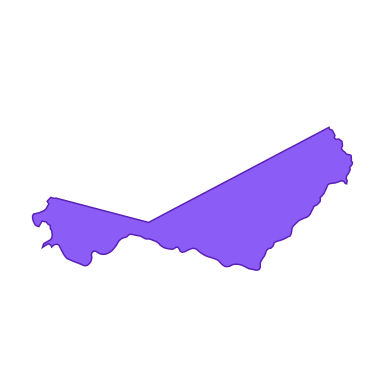 the district of Aragarças, Goiás, Brazil, rotated 197°
{"feature_id": "56859067B18880628968559", "entity_name": "Aragarças", "entity_type": "district", "adm_level": 2, "iso_a3": "BRA", "parent_name": "Brazil", "parent_adm1": "Goiás", "projection": "albers", "projection_center": [-52.131, -15.989], "detail": "fine", "context": "isolated", "style": "filled", "palette": "violet", "viewbox_px": 384, "rotation_deg": 197, "n_neighbors": 0, "source": "geoboundaries", "source_scale": "gbopen_adm2", "svg_char_len": 2858}
<svg xmlns="http://www.w3.org/2000/svg" viewBox="0 0 384 384"><g transform="rotate(197 192 192)"><path d="M259.3,106.2L256.5,107.3L254.7,108.7L253.0,110.4L251.5,112.3L250.7,114.0L249.8,116.1L249.0,118.2L248.5,120.0L248.1,121.9L247.5,124.0L246.2,126.2L244.8,127.7L242.9,128.9L241.3,130.0L240.6,131.5L239.6,133.0L238.0,133.7L236.4,134.0L234.6,134.1L232.6,134.2L230.9,134.5L229.3,134.7L226.9,134.6L224.9,134.0L222.7,133.6L220.2,134.3L218.1,134.7L215.9,134.5L214.3,134.3L212.7,134.3L210.5,133.8L208.5,133.0L207.2,132.1L204.9,131.2L202.4,130.6L200.5,130.6L197.7,130.8L195.7,131.2L193.8,131.6L192.3,132.9L191.3,134.4L189.6,135.1L188.0,134.1L186.0,132.0L183.9,131.5L181.9,132.5L180.4,133.8L179.2,135.0L177.9,136.2L176.7,137.2L174.9,138.3L172.6,138.8L170.4,138.4L168.6,137.5L165.2,136.2L162.5,135.5L160.6,135.1L158.8,134.9L156.5,134.9L153.5,134.9L150.8,134.8L148.3,134.6L146.5,134.0L144.4,132.8L141.8,131.4L139.8,130.7L138.1,130.5L135.6,131.3L134.0,132.3L132.7,133.7L131.2,134.9L129.1,135.7L126.6,136.4L124.1,136.6L121.6,136.5L119.4,136.1L117.4,135.7L115.3,135.3L111.0,135.8L108.7,135.8L106.7,136.4L105.0,137.6L104.7,140.2L105.6,142.6L106.0,145.0L105.2,148.7L104.1,151.8L103.8,154.1L103.8,156.8L103.5,158.4L102.2,160.3L99.9,161.6L98.6,164.4L98.6,167.5L96.7,169.5L94.0,171.2L91.4,173.0L88.8,175.4L87.1,177.2L85.3,178.7L85.0,181.2L85.2,183.8L85.7,186.1L85.6,187.8L85.0,189.5L83.8,191.7L82.6,194.0L81.6,195.5L80.3,197.0L77.3,199.7L75.3,201.1L74.1,202.3L73.3,203.8L72.5,205.4L72.3,207.1L72.0,209.2L71.5,211.5L71.3,213.5L70.2,215.0L68.7,216.3L67.7,218.2L66.7,220.3L67.0,222.3L67.9,224.1L66.5,226.4L65.3,229.6L65.0,232.3L64.5,234.9L64.5,236.8L64.2,238.6L63.1,240.0L61.0,241.2L58.1,242.3L56.6,243.3L55.1,244.3L53.5,245.7L51.5,246.7L49.7,246.4L48.1,245.1L46.5,245.0L47.0,248.4L48.5,249.8L48.8,253.2L47.9,255.1L47.5,257.2L47.3,259.9L48.5,261.8L47.4,263.8L46.9,265.6L47.2,267.2L48.7,268.1L49.1,269.8L49.8,271.6L50.5,273.4L52.5,273.7L55.3,273.3L57.5,274.8L59.8,275.6L61.9,277.3L61.6,280.3L63.4,284.3L65.1,284.9L67.0,285.6L69.8,284.4L71.8,285.4L71.9,288.0L75.8,292.0L79.0,292.4L79.9,293.9L110.0,264.0L115.6,258.5L151.2,223.1L206.4,168.4L224.6,150.2L320.2,146.4L321.8,145.7L325.5,145.5L327.8,140.8L325.4,138.7L326.0,136.0L326.7,133.1L328.0,131.0L332.3,127.3L337.0,124.7L337.5,122.7L337.0,120.8L335.5,118.1L332.7,115.0L330.5,114.1L328.3,114.2L326.9,120.3L322.5,120.8L320.7,119.3L317.7,118.5L316.8,115.5L314.9,114.1L313.1,110.1L312.6,106.9L313.7,104.6L318.7,99.3L318.8,95.3L316.1,98.5L313.9,100.6L311.1,99.7L310.2,98.3L308.8,100.7L307.5,101.9L305.6,102.6L303.6,102.2L301.7,100.3L299.8,98.2L296.7,95.1L294.5,93.3L292.2,91.9L289.7,91.5L284.3,91.0L277.5,90.5L274.4,90.1L272.7,90.2L271.2,90.9L270.1,92.1L268.9,94.1L268.3,96.9L268.6,99.9L269.8,102.4L270.0,104.7L268.7,106.7L266.7,107.2L264.6,106.7L262.4,106.0L259.3,106.2Z" fill="#8b5cf6" stroke="#5b21b6" stroke-width="1.5"/></g></svg>